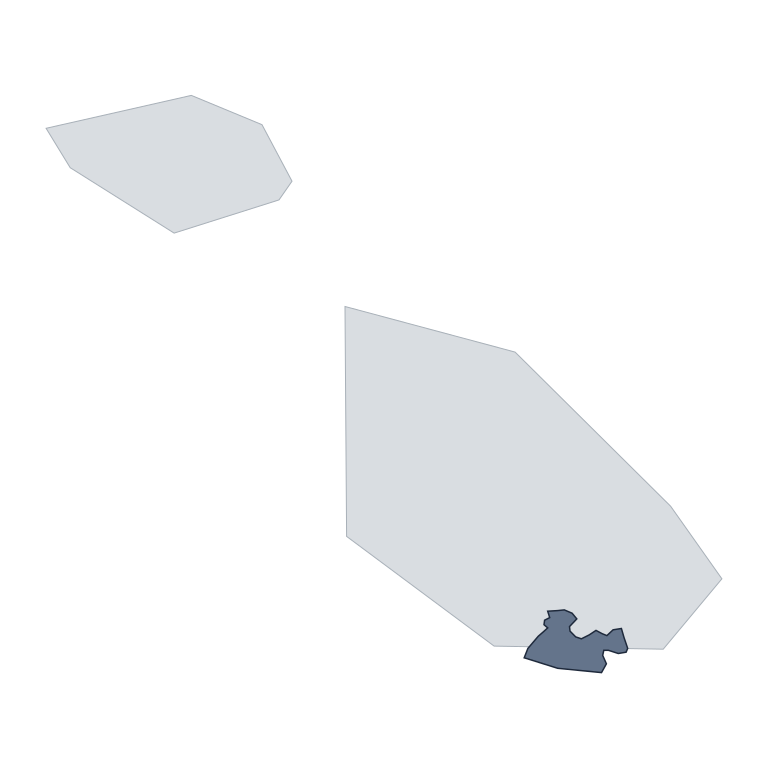 Malta, with Żurrieq highlighted
{"feature_id": "MLT-5973", "entity_name": "Żurrieq", "entity_type": "state/province", "adm_level": 1, "iso_a3": "MLT", "parent_name": "Malta", "parent_adm1": "", "projection": "orthographic", "projection_center": [14.486, 35.824], "detail": "fine", "context": "in_parent", "style": "filled", "palette": "slate", "viewbox_px": 768, "rotation_deg": 0, "n_neighbors": 0, "source": "natural_earth", "source_scale": "10m", "svg_char_len": 804}
<svg xmlns="http://www.w3.org/2000/svg" viewBox="0 0 768 768"><path d="M721.9,578.8L663.2,649.2L494.1,646.1L346.6,536.4L345.0,306.5L515.1,352.1L670.6,506.2L721.9,578.8ZM279.0,199.9L174.1,233.1L70.2,167.7L46.1,128.3L191.3,95.4L262.0,124.7L292.0,181.2L279.0,199.9Z" fill="#d9dde1" stroke="#a8b0b8" stroke-width="1"/><path d="M601.5,672.6L557.7,668.3L524.2,657.8L527.9,648.4L538.3,636.2L543.5,631.7L547.7,627.9L544.0,624.7L544.6,620.2L549.7,617.6L547.7,611.2L557.5,610.6L564.3,609.9L572.1,613.2L576.8,618.9L569.5,626.6L570.0,631.1L575.7,636.9L581.4,638.8L589.2,634.9L596.0,630.4L602.2,633.7L606.9,635.6L613.1,629.8L621.4,628.5L624.0,637.5L627.7,648.4L626.1,652.2L618.3,653.5L608.4,650.3L603.8,650.3L602.7,655.4L606.4,663.8L604.3,667.6L601.5,672.6Z" fill="#64748b" stroke="#1e293b" stroke-width="1.5"/></svg>